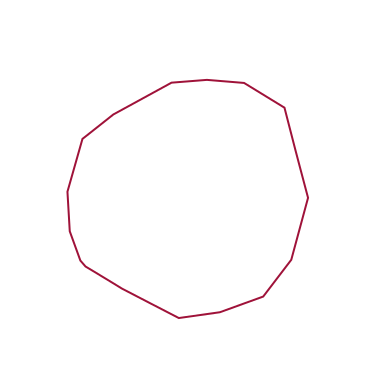 outline of Naftalan City, Goranboy, Azerbaijan, rotated 305°
{"feature_id": "54616110B32389340464615", "entity_name": "Naftalan City", "entity_type": "district", "adm_level": 2, "iso_a3": "AZE", "parent_name": "Azerbaijan", "parent_adm1": "Goranboy", "projection": "orthographic", "projection_center": [46.798, 40.447], "detail": "fine", "context": "isolated", "style": "outline", "palette": "rose", "viewbox_px": 384, "rotation_deg": 305, "n_neighbors": 0, "source": "geoboundaries", "source_scale": "gbopen_adm2", "svg_char_len": 418}
<svg xmlns="http://www.w3.org/2000/svg" viewBox="0 0 384 384"><g transform="rotate(305 192 192)"><path d="M175.6,72.7L172.7,71.8L120.8,89.8L89.7,114.4L71.8,139.9L69.9,147.5L71.5,171.0L72.7,190.1L77.0,222.4L81.2,253.5L109.5,283.8L147.2,310.3L193.4,312.2L253.8,290.4L274.8,265.5L285.8,252.5L314.1,219.4L311.2,172.1L292.4,139.9L269.8,112.5L210.4,83.1L175.6,72.7Z" fill="none" stroke="#9f1239" stroke-width="2"/></g></svg>